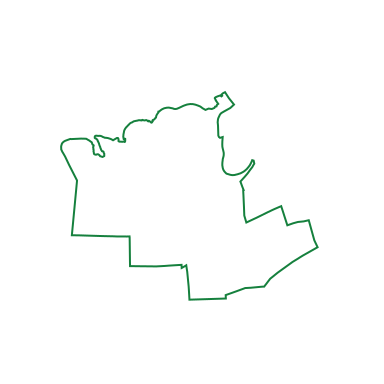 the district of Comuna 13, Ciudad de Buenos Aires, Argentina, rotated 303°
{"feature_id": "61730980B46645672865610", "entity_name": "Comuna 13", "entity_type": "district", "adm_level": 2, "iso_a3": "ARG", "parent_name": "Argentina", "parent_adm1": "Ciudad de Buenos Aires", "projection": "mercator", "projection_center": [-58.447, -34.555], "detail": "fine", "context": "isolated", "style": "outline", "palette": "green", "viewbox_px": 384, "rotation_deg": 303, "n_neighbors": 0, "source": "geoboundaries", "source_scale": "gbopen_adm2", "svg_char_len": 5956}
<svg xmlns="http://www.w3.org/2000/svg" viewBox="0 0 384 384"><g transform="rotate(303 192 192)"><path d="M90.3,114.8L94.2,121.0L105.3,139.3L107.5,142.9L111.9,150.0L113.8,153.2L117.0,158.2L118.1,159.8L118.8,161.0L119.2,161.6L120.5,163.6L120.7,163.8L120.0,164.4L116.3,166.9L99.5,178.1L96.1,180.4L102.8,191.0L106.3,196.5L110.1,202.5L114.9,209.1L117.8,212.9L125.2,222.9L122.7,224.7L125.7,226.3L127.4,227.1L123.2,230.8L122.8,231.2L111.0,240.6L108.2,242.7L104.0,245.8L100.3,248.5L102.6,251.8L111.9,265.2L121.1,278.4L123.9,276.4L129.1,280.4L133.3,283.6L139.7,288.4L140.4,288.9L143.6,293.3L150.8,302.4L152.0,304.1L152.5,304.1L161.8,304.8L171.0,307.8L188.3,314.5L193.9,317.2L195.5,317.9L199.1,319.6L214.1,327.4L216.8,323.0L218.1,320.9L231.9,305.3L228.2,301.7L224.5,297.1L220.9,293.9L216.0,290.1L222.1,282.6L224.9,279.2L228.7,274.5L223.0,270.7L220.0,268.8L217.3,267.2L216.6,266.7L205.3,260.0L203.9,259.1L197.6,255.2L196.0,254.2L200.7,248.7L207.8,243.7L217.3,236.9L221.3,234.0L221.7,234.3L223.9,231.2L226.4,227.9L227.1,226.9L229.6,227.3L233.3,227.9L237.8,228.5L242.2,228.7L245.7,229.0L248.1,228.8L249.7,228.8L251.5,227.0L251.9,226.6L251.5,225.2L251.2,225.3L250.8,225.3L250.2,225.4L249.8,225.5L249.4,225.6L249.1,225.6L248.7,225.7L248.4,225.7L248.1,225.7L247.6,225.8L247.3,225.8L246.9,225.8L246.5,225.9L246.2,225.9L245.6,225.9L245.2,225.9L244.7,225.8L244.3,225.8L243.9,225.8L243.4,225.7L243.0,225.7L242.7,225.6L242.4,225.6L240.9,225.4L239.6,225.0L238.5,224.7L237.7,224.4L236.8,224.0L235.9,223.5L234.6,222.8L233.7,222.2L232.9,221.5L232.1,220.9L231.0,219.9L230.4,219.3L229.7,218.7L229.1,218.0L228.3,216.9L227.9,216.2L227.6,215.5L227.2,214.5L226.9,213.4L226.7,212.7L226.5,212.0L226.4,211.7L226.2,211.0L226.2,210.6L226.4,209.8L226.7,208.5L227.1,207.4L227.5,206.6L228.0,205.8L228.9,204.7L229.9,203.8L231.0,202.8L232.3,202.0L233.5,201.3L235.0,200.6L236.3,199.9L238.2,199.3L239.6,198.8L240.7,198.2L241.5,197.7L242.2,197.2L243.1,196.3L244.0,195.4L244.7,194.6L245.3,194.0L246.4,192.9L247.5,192.1L248.5,191.4L249.5,190.8L250.0,190.5L250.6,190.1L254.8,187.8L252.7,186.0L252.8,184.7L253.6,183.4L261.8,177.7L263.8,176.1L264.4,175.6L267.1,174.2L268.4,173.8L272.0,173.3L273.4,173.4L274.4,173.7L275.8,174.4L277.0,175.0L283.2,178.3L283.8,178.5L288.2,179.6L290.8,171.8L293.7,165.3L291.5,164.1L289.8,163.7L289.2,164.9L288.8,164.8L288.2,164.6L288.2,164.2L288.4,163.9L288.4,163.4L288.4,163.2L288.1,162.9L286.2,161.4L284.2,160.1L283.6,160.0L283.4,159.9L283.0,160.1L282.9,160.4L282.1,161.7L281.9,162.2L281.7,162.2L280.2,166.0L278.6,165.5L277.1,165.9L276.2,164.9L274.7,165.0L272.4,163.4L271.0,160.5L268.2,158.6L268.0,155.2L268.1,154.2L268.2,152.6L268.1,151.8L267.9,150.8L267.8,150.1L267.6,149.5L267.5,148.9L267.1,147.3L266.5,145.7L266.1,144.7L265.5,143.8L265.1,143.0L264.7,142.5L263.3,140.9L262.3,139.9L261.6,139.4L260.5,138.5L259.2,137.6L257.4,136.5L256.1,135.7L255.3,135.2L254.6,134.7L253.7,134.1L252.9,133.3L252.4,132.6L252.1,132.0L251.9,131.6L251.8,130.9L251.5,129.9L251.2,129.2L250.8,128.2L250.5,127.4L250.1,126.5L249.5,125.7L249.2,125.2L247.1,123.1L246.0,122.4L245.0,121.8L244.0,121.4L243.0,121.0L242.2,120.8L241.8,120.6L241.3,120.2L241.1,120.0L240.7,120.2L240.5,120.5L240.1,120.5L239.1,120.4L238.0,120.4L236.7,120.5L235.6,120.9L234.9,121.2L234.1,121.1L233.8,120.9L233.4,120.9L232.7,120.9L232.0,120.7L231.3,120.1L230.9,119.9L230.6,119.9L230.2,120.0L230.0,120.5L228.5,120.5L228.2,120.3L228.0,120.1L228.1,119.7L228.2,118.2L228.3,117.6L228.2,117.0L227.7,116.9L227.4,116.8L227.4,116.2L227.5,115.8L227.5,115.3L227.5,114.7L227.2,114.2L226.6,113.7L226.3,113.4L226.0,112.9L225.6,111.7L225.5,111.2L225.2,110.9L224.7,110.9L224.4,110.5L224.1,109.8L223.8,109.1L223.2,108.4L222.9,107.9L222.3,107.5L221.2,106.3L220.5,105.6L219.8,104.9L219.3,104.5L217.8,103.9L217.4,103.5L216.4,102.9L215.6,102.6L215.1,102.5L214.0,102.3L213.5,102.2L212.8,102.0L211.8,101.9L211.0,101.7L210.5,101.6L209.7,101.5L209.1,101.5L208.2,101.5L207.3,101.6L206.6,101.7L206.1,101.9L205.5,102.1L204.9,102.4L204.1,102.7L203.1,103.1L202.7,103.3L202.3,103.5L201.7,103.9L200.8,104.3L200.3,104.9L199.8,105.3L199.2,105.8L199.1,106.1L199.2,106.6L199.7,106.7L200.1,106.7L200.2,107.0L199.4,107.6L198.9,107.9L198.4,108.1L197.9,108.4L197.5,108.4L197.3,108.3L197.2,107.9L197.2,107.6L197.1,107.3L196.8,107.0L196.6,106.7L196.2,106.3L196.0,105.9L195.7,105.4L195.5,105.0L195.1,104.4L194.9,104.1L194.7,103.7L194.6,103.2L194.7,102.6L195.0,102.5L195.5,102.1L196.1,101.7L196.6,101.2L196.9,100.6L196.9,100.4L196.6,100.0L196.5,99.7L196.2,99.5L192.4,97.6L192.4,96.8L192.3,95.9L192.2,94.9L191.7,93.1L191.4,92.0L190.9,91.0L190.6,90.2L190.1,89.6L189.8,88.0L189.6,87.3L189.6,86.6L189.5,85.8L189.3,84.9L189.1,84.5L188.8,83.9L188.1,83.0L187.8,82.5L187.2,81.2L186.7,80.6L186.3,80.3L185.5,80.3L184.8,80.7L184.4,81.0L184.3,81.6L184.3,82.0L184.5,82.3L184.6,82.8L184.4,83.3L184.2,84.0L184.0,84.6L183.4,85.2L183.3,85.6L182.6,86.6L182.1,87.5L181.7,87.9L180.9,88.8L180.2,89.8L179.7,90.6L179.3,90.9L179.0,91.3L178.6,92.0L178.2,92.4L177.7,93.2L177.5,93.9L177.2,94.3L177.4,94.8L177.6,95.2L177.6,95.8L177.2,96.1L176.7,96.8L176.3,97.6L175.9,97.8L175.1,98.4L174.3,98.8L172.7,97.9L172.6,97.6L172.4,96.9L172.3,96.6L172.2,95.9L172.0,95.5L172.1,95.1L172.4,94.6L172.5,94.0L172.5,92.8L172.3,92.4L172.1,92.1L171.7,91.7L171.1,91.3L170.8,90.8L170.6,90.2L170.5,89.5L170.7,88.9L171.1,88.6L171.3,88.4L171.8,88.0L172.2,87.6L172.5,87.2L173.0,87.0L173.4,86.8L173.8,86.5L174.0,86.1L174.4,85.8L175.1,85.4L175.4,85.0L175.8,84.6L176.4,84.5L176.9,84.4L177.3,84.3L177.6,84.0L177.6,83.6L177.6,82.9L177.8,82.6L178.0,82.1L178.7,81.4L179.1,80.7L179.1,79.7L179.1,79.1L179.2,78.2L179.2,77.3L179.1,76.4L179.1,75.2L179.0,74.7L179.0,74.2L178.7,73.7L176.3,69.8L170.6,61.9L170.3,61.2L169.8,60.7L169.1,60.2L167.8,59.2L166.7,58.4L165.9,57.8L165.4,57.5L164.3,57.0L163.2,56.7L162.7,56.6L161.6,56.6L161.0,56.8L160.2,57.0L159.3,57.3L158.7,57.6L157.7,58.3L157.0,58.8L156.6,59.0L155.1,61.3L154.5,62.6L152.6,66.3L147.7,74.3L139.1,89.2L138.9,89.4L90.3,114.8Z" fill="none" stroke="#15803d" stroke-width="2"/></g></svg>